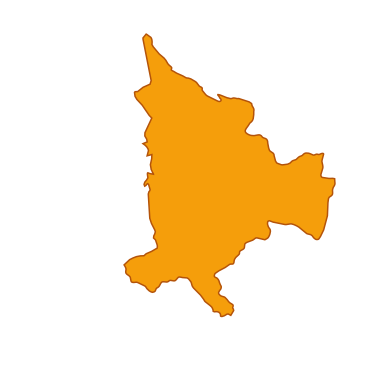 map outline of Loei (Mercator projection), rotated 306°
{"feature_id": "THA-445", "entity_name": "Loei", "entity_type": "Province", "adm_level": 1, "iso_a3": "THA", "parent_name": "Thailand", "parent_adm1": "", "projection": "mercator", "projection_center": [101.577, 17.486], "detail": "fine", "context": "isolated", "style": "filled", "palette": "amber", "viewbox_px": 384, "rotation_deg": 306, "n_neighbors": 0, "source": "natural_earth", "source_scale": "10m", "svg_char_len": 6102}
<svg xmlns="http://www.w3.org/2000/svg" viewBox="0 0 384 384"><g transform="rotate(306 192 192)"><path d="M93.1,179.9L100.6,181.3L103.9,183.0L107.0,185.0L109.8,187.6L112.2,190.6L115.1,191.2L120.2,194.2L125.0,196.3L125.8,196.8L126.3,196.7L128.0,195.7L128.9,194.7L131.8,190.6L132.2,187.9L134.0,186.9L136.2,186.5L138.3,185.7L139.4,184.2L142.8,177.6L145.9,173.3L164.7,157.8L166.9,157.0L168.2,157.1L169.3,156.7L172.3,152.8L172.6,152.3L172.7,151.2L171.8,150.9L170.0,150.8L168.9,150.3L170.0,148.7L172.3,148.0L174.9,148.2L177.5,148.0L179.8,145.8L180.5,145.2L181.2,144.9L181.6,145.0L182.1,146.9L183.7,150.4L184.1,150.0L184.7,148.5L185.5,147.2L186.2,145.8L189.6,142.3L195.3,139.8L198.7,137.5L194.9,134.4L200.0,132.4L201.1,130.9L201.9,128.9L202.3,126.6L202.3,123.9L206.2,126.3L208.1,124.3L209.6,120.9L212.3,119.1L228.2,116.0L228.8,112.4L233.0,100.6L234.5,93.0L235.9,89.7L238.7,87.0L239.7,87.0L241.3,89.0L248.0,90.9L254.6,94.7L258.1,93.5L286.6,62.8L287.8,61.8L292.8,62.1L292.9,62.6L292.9,67.9L292.5,68.7L292.0,69.6L290.6,71.0L289.0,72.2L287.9,72.7L286.7,75.2L284.4,84.3L283.9,90.8L283.6,91.8L283.2,93.4L281.6,97.0L281.2,98.8L281.0,101.4L280.7,102.4L280.0,102.9L279.3,103.1L278.6,103.5L278.5,104.1L278.5,104.7L278.8,106.1L279.1,109.7L280.5,116.3L280.9,120.0L281.1,120.6L282.0,122.1L282.8,124.5L283.3,129.4L283.3,130.7L283.2,131.5L282.0,135.4L282.0,136.5L282.3,138.1L282.2,138.9L281.8,139.4L280.8,140.0L280.4,140.4L280.1,141.0L278.8,145.9L278.7,147.1L278.7,148.0L280.6,159.0L280.9,160.2L281.5,161.2L282.0,161.5L282.5,161.7L283.1,161.7L283.6,161.4L284.0,160.9L284.2,160.3L284.3,159.6L284.5,159.0L285.1,157.9L285.6,156.0L286.0,155.7L286.5,156.4L287.1,158.1L288.9,165.2L289.2,165.7L289.7,167.0L290.0,167.9L290.8,169.0L291.7,169.7L292.2,170.0L292.6,170.5L292.9,171.0L293.6,172.4L294.0,173.5L295.1,174.9L298.5,185.2L298.6,188.2L297.2,189.8L295.8,192.8L294.8,193.9L293.5,194.6L290.8,196.5L287.3,198.4L286.2,198.7L285.2,198.9L283.7,198.8L281.7,198.3L280.2,198.4L278.8,198.5L275.2,198.5L273.3,198.8L272.3,199.5L271.8,200.3L271.6,201.0L271.6,201.7L271.5,202.4L271.6,203.1L271.8,204.5L272.2,205.8L272.7,206.9L273.9,208.8L274.2,209.2L276.8,211.7L277.6,212.6L277.9,213.1L278.1,213.7L278.2,214.3L278.2,215.0L277.7,216.9L277.8,217.6L277.9,218.2L278.3,219.5L278.5,220.3L278.5,221.5L278.2,222.2L277.8,222.9L277.3,223.5L275.9,224.7L272.8,228.0L271.9,229.2L271.3,230.1L271.1,230.8L271.0,231.5L271.1,234.9L270.8,235.7L270.5,236.3L270.0,236.7L269.3,237.5L266.2,241.3L265.6,242.7L265.3,243.8L266.5,248.1L267.1,249.2L270.7,253.0L272.8,254.2L273.4,254.4L275.5,254.7L276.7,255.2L279.1,256.9L279.7,257.2L280.4,257.3L282.6,257.7L283.8,258.1L285.3,259.1L286.4,259.7L287.0,259.8L288.3,260.0L289.5,260.5L290.0,260.8L290.8,261.7L292.0,263.7L292.5,265.4L293.1,268.1L293.4,268.8L293.8,269.2L295.3,270.1L295.8,270.5L296.1,271.0L296.4,271.5L296.6,272.1L296.9,272.6L297.3,273.0L299.0,274.0L299.6,274.5L300.2,275.2L300.3,275.8L300.0,276.2L299.5,276.4L294.2,278.5L293.0,279.2L290.4,282.1L289.6,282.8L289.2,283.2L288.1,283.8L282.2,285.9L281.6,286.2L281.0,286.7L280.4,287.6L280.3,288.2L280.4,288.9L283.4,294.7L284.1,295.7L285.6,297.6L285.9,298.1L286.6,299.6L283.8,301.9L283.3,302.4L282.3,303.0L281.0,303.4L278.8,303.6L277.4,304.0L276.2,304.5L273.8,306.4L272.9,306.9L272.0,307.1L270.7,306.9L268.8,306.2L268.2,306.1L267.6,306.2L266.9,306.3L263.2,308.3L252.4,315.5L238.7,320.8L231.4,322.1L228.7,322.2L228.0,322.0L227.5,321.6L226.9,320.9L226.6,320.3L226.4,319.6L226.4,318.8L226.5,317.3L227.3,314.8L227.3,314.0L227.2,313.0L225.9,309.7L225.8,309.0L226.4,299.0L226.1,296.3L225.5,293.5L224.7,291.3L224.1,290.4L220.9,287.2L220.3,286.3L215.3,275.3L214.3,271.6L213.4,270.9L212.8,270.7L212.1,270.9L211.1,271.5L210.6,271.8L210.2,272.2L208.8,274.1L208.3,275.2L207.9,276.5L207.7,277.0L207.3,277.6L206.5,278.4L206.0,278.7L203.8,279.7L203.2,279.9L202.0,280.2L200.6,280.4L199.6,280.4L198.6,280.1L196.5,279.2L196.2,279.0L193.1,271.6L192.6,270.9L192.0,270.5L189.5,269.7L188.7,269.4L183.7,266.1L182.3,265.5L181.2,265.3L180.6,265.5L177.9,267.0L177.3,267.2L176.5,267.2L175.4,266.9L173.6,266.0L172.5,265.6L171.7,265.6L171.2,265.8L170.8,266.2L170.2,266.5L169.6,266.7L168.3,266.6L165.4,266.0L164.7,265.9L164.0,265.9L162.6,266.0L161.4,266.4L159.5,267.4L158.4,267.6L157.7,267.3L157.1,266.6L156.3,265.5L155.6,265.0L150.4,263.2L144.1,260.1L139.5,258.5L137.7,259.1L137.2,259.4L136.8,259.8L136.7,260.4L136.7,261.1L137.0,262.4L137.0,263.1L136.7,264.4L136.2,265.6L135.9,266.1L134.7,267.7L133.6,269.5L133.4,270.0L132.8,271.1L132.3,271.5L131.9,271.8L130.6,272.3L129.1,272.3L128.1,272.3L127.3,272.4L126.6,272.5L126.0,272.8L125.6,273.2L125.3,273.7L125.0,275.1L124.9,275.8L125.0,276.5L125.1,277.2L125.9,279.3L126.1,280.2L126.1,280.8L125.6,283.6L125.0,285.5L124.7,286.8L124.6,287.6L124.8,290.5L124.8,291.1L124.6,291.7L124.2,292.1L123.7,292.4L122.5,292.8L122.0,293.2L121.8,293.7L121.6,294.3L121.0,294.9L120.6,295.4L115.0,295.9L114.6,293.0L113.6,292.0L113.0,291.8L110.9,290.9L109.1,289.6L108.5,288.8L108.4,288.1L108.8,287.7L109.3,287.4L109.8,286.8L110.3,286.0L110.5,284.3L110.1,283.1L109.5,282.0L108.3,280.6L108.0,279.7L107.9,279.3L108.0,279.2L108.7,278.6L109.1,278.2L110.3,276.2L110.6,275.0L110.8,273.3L111.0,267.5L111.2,266.3L112.0,264.6L113.6,259.5L115.2,249.8L115.8,248.0L116.4,247.0L118.2,244.7L118.7,243.8L119.6,240.7L119.7,239.6L119.6,238.7L119.4,238.2L117.2,234.6L116.4,232.8L116.0,232.0L115.5,231.5L115.0,231.1L114.4,231.0L113.7,230.9L112.1,230.8L111.4,230.7L110.7,230.6L110.2,230.3L109.7,229.9L109.4,229.5L108.0,226.8L107.7,226.3L107.2,225.9L106.7,225.7L106.0,225.6L105.2,225.2L104.4,224.6L102.7,221.8L102.2,221.1L101.7,220.7L101.1,220.5L100.4,220.4L99.7,220.4L96.9,220.8L96.2,220.8L95.5,220.7L94.8,220.5L93.7,220.0L93.1,219.9L92.4,219.9L91.2,220.2L90.6,220.4L89.9,220.4L89.0,220.1L87.7,219.1L87.2,217.9L87.0,216.9L86.9,215.3L87.1,213.8L87.3,212.4L88.2,210.0L88.2,208.9L86.9,201.5L86.5,200.3L85.9,199.5L85.2,198.8L84.2,197.5L83.8,196.6L83.7,195.8L84.0,195.2L84.3,194.8L86.7,192.2L87.0,191.5L87.2,190.5L87.2,187.6L87.4,186.7L87.6,186.2L88.0,185.7L88.9,185.0L90.5,184.2L90.9,183.8L91.4,183.4L91.7,182.9L92.3,181.9L93.1,179.9Z" fill="#f59e0b" stroke="#b45309" stroke-width="1.5"/></g></svg>